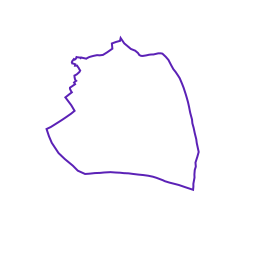 Xaysetha, Vientiane [prefecture], Laos (Natural Earth projection), rotated 56°
{"feature_id": "54806243B76096525034044", "entity_name": "Xaysetha", "entity_type": "district", "adm_level": 2, "iso_a3": "LAO", "parent_name": "Laos", "parent_adm1": "Vientiane [prefecture]", "projection": "natural_earth1", "projection_center": [102.674, 17.973], "detail": "fine", "context": "isolated", "style": "outline", "palette": "violet", "viewbox_px": 256, "rotation_deg": 56, "n_neighbors": 0, "source": "geoboundaries", "source_scale": "gbopen_adm2", "svg_char_len": 1844}
<svg xmlns="http://www.w3.org/2000/svg" viewBox="0 0 256 256"><g transform="rotate(56 128 128)"><path d="M40.6,134.3L41.4,136.8L42.1,137.8L43.3,138.1L43.8,137.5L45.7,136.1L46.7,137.1L47.8,135.3L49.2,135.4L50.4,135.3L52.1,135.5L53.6,135.5L54.4,137.0L54.9,140.6L54.6,143.1L56.0,143.9L56.8,144.2L57.7,144.6L58.0,144.6L58.6,144.8L59.1,144.8L59.9,144.6L59.9,145.1L60.1,147.3L62.1,147.4L62.1,152.1L62.1,153.5L63.0,154.2L65.4,154.6L67.0,154.6L67.2,157.6L67.6,162.8L77.4,162.3L83.9,162.7L84.3,167.0L84.4,173.5L84.4,178.0L84.3,182.2L84.2,185.5L84.1,188.6L84.0,191.5L83.3,196.1L90.5,198.1L97.7,199.5L98.0,199.5L110.0,199.6L118.6,197.7L128.4,194.8L135.3,193.5L142.1,189.3L144.2,185.7L146.9,180.6L149.7,176.1L151.4,172.9L154.8,167.2L158.1,163.0L160.7,159.5L163.1,156.7L165.9,152.9L169.1,149.3L172.3,145.6L175.5,141.7L178.9,137.9L182.3,134.6L185.3,132.2L190.8,128.3L192.7,127.2L196.4,124.2L201.1,120.0L203.7,117.7L209.0,113.7L215.6,108.6L213.2,106.6L210.8,105.0L206.3,100.6L203.6,98.9L200.1,96.1L198.2,93.7L197.8,93.3L194.4,91.4L191.0,87.1L190.8,86.8L187.4,82.8L178.9,79.4L175.5,77.7L169.5,75.5L164.6,73.5L160.1,72.0L156.8,70.2L150.4,68.0L148.2,67.1L144.7,65.6L140.1,63.8L136.2,62.5L132.4,61.3L125.8,59.4L121.8,58.5L115.7,57.3L112.5,57.2L108.1,57.2L104.6,57.5L100.1,57.1L94.2,56.4L90.0,56.9L85.6,57.9L84.4,59.1L83.0,61.2L81.3,65.7L79.9,67.9L78.9,69.9L78.5,71.0L77.9,72.5L76.5,75.5L75.5,76.8L73.9,77.8L71.7,77.8L71.4,77.8L67.9,78.8L64.1,81.4L55.7,83.8L49.3,83.8L51.3,85.9L50.0,89.7L48.9,94.1L53.5,96.6L53.6,103.0L53.4,107.9L51.9,110.9L50.3,112.9L49.1,115.8L48.3,118.0L47.8,119.5L47.5,120.5L47.2,122.8L47.2,123.8L44.6,126.3L43.8,127.0L43.3,127.5L43.5,127.9L43.6,128.2L43.1,128.4L42.7,128.6L42.0,129.3L41.5,129.9L41.1,130.4L40.4,131.0L41.0,131.8L41.2,132.2L41.4,132.6L41.5,133.5L41.5,134.0L40.6,134.3Z" fill="none" stroke="#5b21b6" stroke-width="2"/></g></svg>